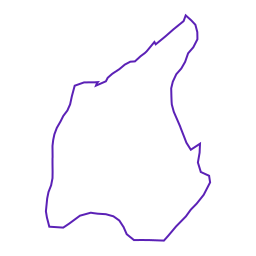 the district of Ogbia, Bayelsa, Nigeria
{"feature_id": "59680162B61116944198945", "entity_name": "Ogbia", "entity_type": "district", "adm_level": 2, "iso_a3": "NGA", "parent_name": "Nigeria", "parent_adm1": "Bayelsa", "projection": "orthographic", "projection_center": [6.331, 4.801], "detail": "fine", "context": "isolated", "style": "outline", "palette": "violet", "viewbox_px": 256, "rotation_deg": 0, "n_neighbors": 0, "source": "geoboundaries", "source_scale": "gbopen_adm2", "svg_char_len": 1358}
<svg xmlns="http://www.w3.org/2000/svg" viewBox="0 0 256 256"><path d="M49.3,226.7L63.2,227.6L65.2,226.3L69.2,223.6L79.8,215.8L79.9,215.7L90.8,212.7L93.2,213.1L97.8,213.7L105.8,214.2L106.2,214.3L113.4,216.3L115.1,217.5L115.4,217.7L119.3,220.5L123.2,226.5L123.5,226.9L126.7,234.2L134.0,240.1L141.4,240.0L150.2,240.1L161.4,240.5L163.9,240.6L168.2,235.8L176.1,226.4L185.9,216.4L190.6,209.9L191.6,208.8L196.7,203.6L203.7,194.8L210.1,182.4L209.3,177.2L209.1,175.8L200.8,172.0L197.9,162.5L199.6,152.7L200.0,143.7L193.6,147.9L190.8,149.7L186.4,142.7L184.4,137.5L180.6,127.8L180.2,126.6L177.7,120.8L174.0,112.3L173.7,111.5L171.8,104.5L171.6,101.7L171.4,96.4L171.2,88.3L172.8,81.7L174.9,77.2L176.3,74.2L181.3,68.5L185.1,61.9L188.1,53.3L193.3,47.3L197.4,39.3L197.4,37.1L197.3,32.1L195.4,24.8L191.3,20.4L185.7,15.4L183.6,21.1L173.5,29.3L165.4,36.4L163.1,38.3L155.7,44.3L154.4,42.0L146.6,51.4L144.9,53.0L140.6,56.2L134.9,61.4L130.3,61.7L124.8,64.6L119.3,69.2L113.3,73.1L111.9,74.1L107.7,77.8L105.9,81.3L96.0,85.6L97.0,83.1L97.8,82.1L94.9,82.3L84.1,82.4L74.7,85.7L71.9,96.1L70.1,104.4L68.3,108.4L67.4,110.5L63.3,115.9L60.6,121.3L56.8,127.9L54.4,134.3L53.2,140.0L52.5,145.8L52.5,147.6L52.6,157.1L52.5,158.5L52.5,162.9L52.6,172.1L52.5,178.2L51.2,184.9L51.2,185.1L48.5,192.0L47.2,198.4L45.9,211.3L46.9,217.4L49.3,226.7Z" fill="none" stroke="#5b21b6" stroke-width="2"/></svg>